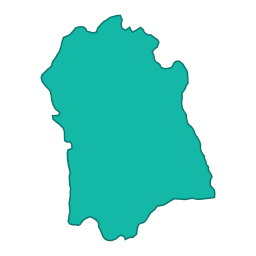 Mãe do Rio, Pará, Brazil (Albers equal-area conic projection)
{"feature_id": "56859067B65028667685767", "entity_name": "Mãe do Rio", "entity_type": "district", "adm_level": 2, "iso_a3": "BRA", "parent_name": "Brazil", "parent_adm1": "Pará", "projection": "albers", "projection_center": [-47.512, -1.99], "detail": "fine", "context": "isolated", "style": "filled", "palette": "teal", "viewbox_px": 256, "rotation_deg": 0, "n_neighbors": 0, "source": "geoboundaries", "source_scale": "gbopen_adm2", "svg_char_len": 2473}
<svg xmlns="http://www.w3.org/2000/svg" viewBox="0 0 256 256"><path d="M125.2,239.5L129.3,237.5L133.1,237.2L136.6,234.0L137.2,228.8L138.4,224.8L140.3,223.3L143.6,222.5L145.8,220.6L150.4,213.0L154.9,209.2L157.0,206.3L164.1,204.8L173.9,198.8L179.1,199.0L184.6,199.5L187.9,199.0L192.2,198.2L195.7,199.0L199.2,199.3L210.0,198.1L214.5,197.4L214.8,193.5L214.2,189.9L212.0,187.3L210.3,185.4L210.2,182.9L210.4,180.0L211.9,177.0L211.2,174.5L209.8,172.5L208.4,169.7L208.4,166.8L206.1,164.3L206.0,161.6L204.5,158.8L204.3,156.0L202.6,154.0L201.1,151.3L200.4,148.5L200.5,144.8L199.9,142.3L197.4,137.4L195.1,134.5L194.4,131.9L192.9,128.8L190.8,126.2L188.4,124.4L187.0,120.9L186.3,117.6L186.4,115.0L184.7,112.5L183.4,110.2L182.3,107.9L181.7,104.4L181.6,101.6L182.2,97.6L181.8,93.5L183.3,91.5L185.0,88.9L186.2,85.6L187.9,83.3L187.9,79.9L187.6,76.2L187.5,72.8L186.6,70.2L185.0,67.8L182.8,64.0L180.9,62.5L179.0,61.1L176.0,61.4L173.9,63.0L172.9,65.5L171.4,67.6L166.1,68.7L163.7,68.5L160.9,67.3L160.0,64.9L158.2,63.1L155.9,62.1L154.6,60.0L153.6,54.9L152.2,52.0L154.2,49.2L157.1,47.1L158.9,42.2L157.3,39.5L155.1,38.3L153.1,36.7L150.8,34.9L148.4,35.1L145.9,33.8L144.1,32.2L143.3,29.8L140.5,27.4L136.3,30.2L132.8,32.1L130.7,29.9L129.8,27.3L127.4,28.9L125.4,30.4L122.2,28.3L121.1,25.0L121.3,22.3L122.2,20.0L121.2,17.9L120.3,15.4L116.5,15.7L113.3,16.6L111.0,17.2L108.9,18.2L106.3,20.3L103.9,21.5L101.4,24.0L99.2,26.4L97.6,28.3L96.6,31.9L93.2,33.0L89.5,32.0L86.8,31.3L85.7,28.7L83.6,27.0L81.2,26.8L78.1,27.0L75.4,28.1L73.4,30.8L71.6,32.7L70.1,34.5L67.5,35.9L63.6,37.4L62.0,42.0L61.2,46.3L59.1,52.1L57.4,54.4L56.1,57.0L54.7,59.0L53.1,61.0L52.1,63.3L51.7,65.6L50.2,67.5L48.0,69.0L44.4,72.7L42.1,74.8L41.2,77.7L42.2,81.4L45.6,86.1L49.2,89.6L50.6,92.1L51.4,96.5L51.8,99.9L53.1,104.8L55.4,108.9L59.7,112.4L58.8,115.4L55.7,115.5L52.5,115.8L53.2,119.3L56.8,122.4L59.1,124.0L60.8,125.8L62.9,127.7L64.1,130.1L64.5,132.7L64.5,135.9L64.7,140.7L66.9,142.0L70.2,141.7L71.8,144.6L71.9,148.6L68.0,149.9L67.3,153.3L67.6,159.4L68.7,166.4L69.6,169.9L70.2,172.9L69.3,176.1L69.5,179.9L69.7,184.5L70.7,189.2L70.2,191.9L70.3,196.5L69.2,202.6L69.5,207.0L70.0,212.4L69.2,214.7L68.7,219.0L68.2,221.5L69.8,223.9L72.4,224.7L75.3,224.7L78.1,225.3L80.2,224.4L82.4,221.0L85.3,218.7L90.2,216.7L93.7,218.3L97.1,220.9L98.7,223.3L98.7,226.9L100.0,229.1L103.0,236.4L104.8,238.8L107.7,240.3L111.2,240.6L113.3,239.9L116.2,238.7L118.5,236.5L120.9,235.1L124.7,237.0L125.2,239.5Z" fill="#14b8a6" stroke="#0f766e" stroke-width="1.5"/></svg>